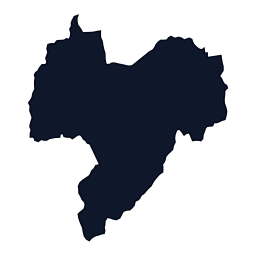 Massaranduba, Santa Catarina, Brazil (Robinson projection)
{"feature_id": "56859067B40963919376977", "entity_name": "Massaranduba", "entity_type": "district", "adm_level": 2, "iso_a3": "BRA", "parent_name": "Brazil", "parent_adm1": "Santa Catarina", "projection": "robinson", "projection_center": [-48.993, -26.644], "detail": "fine", "context": "isolated", "style": "filled", "palette": "ink", "viewbox_px": 256, "rotation_deg": 0, "n_neighbors": 0, "source": "geoboundaries", "source_scale": "gbopen_adm2", "svg_char_len": 2897}
<svg xmlns="http://www.w3.org/2000/svg" viewBox="0 0 256 256"><path d="M89.3,240.6L91.2,238.3L93.5,236.6L96.3,235.4L98.5,234.9L101.0,233.9L104.1,233.3L104.7,230.4L104.0,227.8L104.7,224.7L104.9,220.9L107.2,217.3L110.4,217.9L113.1,218.9L116.1,219.6L119.7,217.9L121.4,214.6L123.2,211.2L127.0,209.9L129.6,209.8L131.6,208.2L134.1,205.2L135.1,201.1L137.6,200.1L139.5,198.5L141.3,195.0L143.6,193.7L145.2,191.9L147.5,189.1L150.9,185.9L153.8,180.7L156.1,177.9L158.2,175.4L160.0,173.7L162.6,172.0L162.7,167.6L162.4,164.3L163.9,162.2L165.0,159.9L165.6,156.7L167.6,154.1L170.1,151.8L172.6,149.3L173.2,145.8L175.1,142.0L174.4,138.5L174.9,134.7L176.1,131.3L177.4,129.2L179.9,129.5L182.6,132.7L184.1,135.0L186.1,133.4L189.3,132.7L191.0,136.5L192.6,140.5L195.5,140.1L198.6,140.1L200.9,140.6L202.6,138.6L202.9,135.0L204.3,131.5L205.3,128.3L206.9,126.3L209.6,126.0L212.6,125.7L213.8,122.5L216.8,122.5L219.8,121.3L221.9,120.3L224.9,119.4L226.1,114.8L226.6,111.2L225.7,107.5L224.2,103.1L224.0,99.4L224.5,94.9L224.7,90.5L227.3,88.0L226.6,85.6L224.1,84.0L222.8,81.8L221.4,78.6L219.4,76.1L221.5,72.7L223.0,70.4L223.0,66.7L222.1,63.1L221.4,59.2L220.9,55.6L207.2,57.6L207.2,53.0L204.6,53.2L204.0,48.3L202.1,49.8L199.8,49.5L197.2,47.9L194.0,44.7L192.6,42.3L191.7,39.4L189.2,38.3L186.6,39.2L184.0,40.1L181.6,38.2L178.5,37.4L175.7,38.3L173.5,38.0L171.1,36.5L168.8,37.7L166.9,40.1L164.2,40.4L160.7,40.4L158.5,42.0L156.1,44.7L154.7,47.9L152.7,50.3L149.8,51.7L147.9,53.2L146.0,54.8L143.7,56.6L141.5,58.4L139.3,60.2L136.4,62.5L132.1,65.9L128.3,66.3L124.6,65.4L121.5,64.7L119.3,64.3L117.2,63.8L114.7,63.2L112.1,63.1L109.3,64.6L106.3,64.6L105.4,62.1L105.0,59.4L104.9,56.2L104.7,53.0L103.7,49.8L102.8,45.9L102.2,41.7L100.4,37.4L100.3,33.9L100.4,31.1L97.0,31.6L93.7,32.3L90.2,32.6L86.4,32.7L82.6,32.9L81.1,30.0L79.7,27.8L77.5,24.9L76.9,21.1L76.8,18.3L77.8,15.4L74.4,16.6L72.1,20.8L71.4,23.4L71.6,26.0L69.9,29.1L70.9,32.9L70.5,36.5L69.1,39.5L66.3,38.8L64.3,40.2L62.0,40.5L59.3,40.6L56.9,40.9L54.6,43.8L50.8,43.8L48.0,44.6L47.0,48.8L48.0,52.3L47.1,54.8L45.9,58.1L47.1,62.3L45.6,64.7L42.0,64.8L39.6,67.8L37.9,71.0L35.8,72.6L34.5,74.8L35.3,77.7L34.7,81.3L34.8,85.6L35.0,89.4L33.0,93.1L32.1,97.8L30.3,100.6L28.7,102.8L30.3,106.0L29.9,110.7L31.2,114.2L32.3,117.8L30.9,122.2L29.9,126.4L31.3,129.9L30.4,133.5L30.3,137.0L33.7,137.0L35.1,140.4L38.3,141.4L41.2,139.2L44.0,140.1L46.8,140.0L49.3,138.4L52.5,137.8L56.1,137.2L59.6,137.1L60.1,134.1L62.8,133.1L64.1,136.4L67.1,137.1L69.9,137.0L72.4,138.6L74.7,137.0L77.5,135.0L80.2,134.6L82.2,136.7L83.3,138.8L85.6,140.5L87.3,143.0L90.0,143.9L99.8,164.7L95.8,165.7L94.2,168.6L91.6,171.2L90.7,173.8L88.9,176.3L86.2,178.0L82.7,180.4L80.1,182.7L78.5,186.2L78.9,189.1L79.0,193.2L80.6,195.7L82.2,199.3L84.9,202.4L85.2,205.2L84.4,208.7L81.9,211.0L80.0,212.4L78.3,214.2L78.9,217.9L80.4,222.4L82.6,227.5L83.4,231.8L84.4,236.0L86.5,239.0L89.3,240.6Z" fill="#0f172a" stroke="#020617" stroke-width="1.5"/></svg>